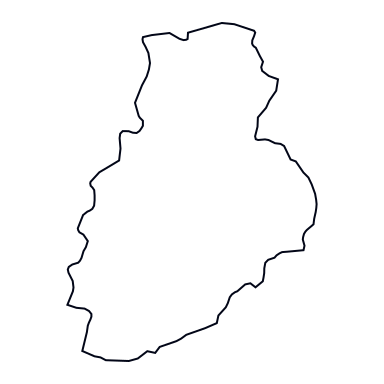 an SVG outline of Järva
{"feature_id": "EST-1656", "entity_name": "Järva", "entity_type": "County", "adm_level": 1, "iso_a3": "EST", "parent_name": "Estonia", "parent_adm1": "", "projection": "orthographic", "projection_center": [25.661, 58.953], "detail": "fine", "context": "isolated", "style": "outline", "palette": "ink", "viewbox_px": 384, "rotation_deg": 0, "n_neighbors": 0, "source": "natural_earth", "source_scale": "10m", "svg_char_len": 1912}
<svg xmlns="http://www.w3.org/2000/svg" viewBox="0 0 384 384"><path d="M216.8,323.1L205.3,328.1L186.3,334.8L181.0,338.7L176.5,341.1L159.7,346.9L155.2,352.9L147.3,351.2L137.8,358.5L128.8,361.0L105.8,360.2L100.5,357.4L94.5,356.3L82.3,351.0L86.9,332.1L87.8,325.7L88.9,322.7L90.4,319.5L91.4,316.7L91.4,314.0L89.0,311.0L84.6,308.6L76.4,307.8L67.4,304.8L72.9,291.3L73.5,287.5L72.7,281.0L68.5,272.7L67.8,269.5L68.8,266.9L72.3,264.5L78.2,262.7L80.0,260.7L81.5,257.9L83.5,251.2L85.9,247.1L87.8,241.1L83.4,234.6L79.4,232.3L78.2,230.2L77.8,228.3L83.1,215.0L87.4,211.6L89.6,210.7L92.3,208.9L94.1,205.7L94.6,200.4L94.6,195.4L94.2,190.1L92.5,187.6L90.7,185.8L90.2,183.3L90.6,181.8L99.3,172.3L119.1,160.5L120.5,148.6L119.6,138.1L120.2,133.7L122.7,131.1L128.7,131.2L132.8,132.7L136.6,133.0L139.5,131.0L141.4,128.3L142.9,125.8L142.9,120.8L139.8,117.7L138.7,115.9L135.0,102.8L142.0,85.3L146.7,76.5L148.9,69.5L150.0,63.1L148.4,53.0L145.6,46.9L143.0,42.2L142.5,39.2L143.0,37.1L151.7,35.1L169.5,33.0L179.5,38.8L183.5,40.1L186.1,39.8L187.6,39.0L188.0,32.7L221.7,23.0L234.3,24.2L254.1,30.8L255.2,32.6L254.0,36.3L252.3,40.3L252.1,43.5L252.7,45.0L254.0,46.5L255.8,47.7L259.8,55.9L263.0,61.7L261.2,67.2L262.2,70.9L268.8,76.0L278.0,79.3L276.2,90.7L269.3,100.7L266.1,107.8L257.9,117.4L257.5,126.8L255.1,136.3L255.8,139.2L258.1,140.0L265.0,139.4L268.5,140.0L275.0,143.2L280.6,143.9L284.1,146.0L290.6,159.5L295.8,161.4L303.4,172.5L308.4,177.5L311.7,184.4L315.1,193.8L316.1,199.5L316.6,204.1L316.3,207.9L315.7,212.0L314.2,218.7L313.5,224.3L306.8,230.0L305.4,231.6L304.0,233.9L303.1,237.2L302.8,239.5L304.5,245.7L303.5,250.2L287.3,251.7L282.1,252.1L279.6,253.3L276.6,255.3L274.5,257.7L268.2,259.8L265.3,262.8L264.3,268.3L264.2,273.1L263.5,277.7L262.8,281.3L255.5,287.3L250.4,283.3L245.2,284.4L237.3,291.3L235.0,292.2L231.9,294.4L229.8,297.2L227.8,303.2L225.8,307.3L218.4,315.5L216.8,323.1Z" fill="none" stroke="#020617" stroke-width="2"/></svg>